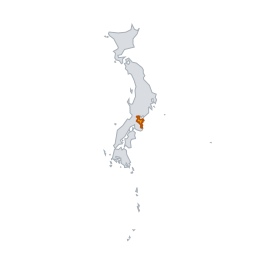 Japan, with Mie highlighted, rotated 319°
{"feature_id": "JPN-1843", "entity_name": "Mie", "entity_type": "Prefecture", "adm_level": 1, "iso_a3": "JPN", "parent_name": "Japan", "parent_adm1": "", "projection": "robinson", "projection_center": [136.438, 34.459], "detail": "fine", "context": "in_parent", "style": "filled", "palette": "amber", "viewbox_px": 256, "rotation_deg": 319, "n_neighbors": 0, "source": "natural_earth", "source_scale": "10m", "svg_char_len": 5810}
<svg xmlns="http://www.w3.org/2000/svg" viewBox="0 0 256 256"><g transform="rotate(319 128 128)"><path d="M171.1,74.9L174.4,75.7L174.4,81.1L176.9,84.5L178.2,91.4L177.8,93.9L175.5,96.7L175.0,99.6L172.7,100.1L171.7,101.6L172.1,109.9L169.4,117.0L171.5,121.0L168.7,122.7L168.1,125.4L164.7,127.5L164.5,124.4L166.3,122.1L164.6,121.6L163.3,123.5L163.5,125.6L160.7,124.6L159.6,128.1L158.0,129.9L157.7,127.0L158.4,126.6L157.2,125.8L153.6,130.1L146.1,130.2L147.5,128.6L145.4,128.1L144.8,129.0L144.4,126.4L142.6,129.4L144.9,131.4L144.7,132.2L141.2,133.4L138.4,138.4L136.9,139.0L135.3,138.4L133.2,134.8L133.0,132.5L135.1,129.9L130.6,128.7L119.9,132.4L114.3,132.2L113.1,136.1L110.4,134.4L104.9,135.0L105.6,131.7L107.9,131.5L118.5,122.7L125.6,122.8L133.5,120.8L134.5,122.6L138.4,122.0L139.7,120.7L139.5,117.9L143.7,112.9L144.6,107.8L147.8,106.7L145.0,109.9L145.8,112.1L147.3,112.8L154.4,109.1L158.1,104.1L161.2,102.0L164.0,95.8L165.7,89.8L165.2,88.0L163.5,87.5L165.2,84.8L164.9,81.5L166.9,80.1L167.5,77.1L169.1,77.4L170.0,80.3L172.3,79.8L173.1,77.3L170.2,77.8L170.2,76.9L171.1,74.9ZM189.1,54.2L194.8,55.7L198.9,52.5L197.6,57.8L199.0,60.6L202.1,60.0L196.4,63.0L190.3,64.0L187.0,67.7L185.8,71.0L176.8,66.4L171.2,68.3L168.0,66.5L167.0,68.7L172.4,72.5L169.2,72.4L166.8,75.3L165.2,75.2L165.6,71.7L163.8,68.8L164.0,66.4L167.6,63.4L167.3,60.6L172.1,61.6L173.6,60.8L175.8,51.3L174.6,46.0L175.1,44.0L176.7,43.2L182.9,49.8L189.1,54.2ZM106.6,138.0L110.1,138.0L109.0,140.7L111.4,140.8L112.1,143.8L109.7,147.1L107.4,155.7L105.6,155.4L105.8,156.8L102.9,158.8L103.7,153.2L102.1,154.4L102.3,157.5L99.4,155.6L100.6,154.1L99.8,150.2L102.9,145.9L101.9,145.6L102.3,144.2L100.2,141.4L99.5,142.0L99.8,144.1L100.8,144.0L100.9,145.2L98.9,144.7L97.0,146.3L96.5,142.4L98.5,144.0L95.8,141.0L103.6,135.4L105.1,135.9L106.6,138.0ZM125.3,132.0L129.9,133.0L130.5,136.3L128.1,138.0L126.8,140.9L123.1,138.8L120.8,140.0L117.5,144.8L115.4,143.5L114.9,139.4L112.3,140.1L116.5,137.3L118.5,134.1L120.2,135.4L122.8,134.7L122.9,132.9L125.3,132.0ZM85.8,193.8L83.1,195.5L82.6,197.8L81.5,198.2L83.4,193.4L84.7,193.7L85.8,191.9L85.8,193.8ZM156.0,102.3L153.7,104.2L153.9,102.2L155.5,100.3L155.2,102.2L156.0,102.3ZM95.8,178.8L93.6,181.9L92.2,181.0L95.8,178.8ZM99.0,149.0L98.2,148.9L98.6,146.7L99.7,146.5L99.0,149.0ZM131.9,132.5L130.1,132.5L132.3,130.5L131.7,131.6L131.9,132.5ZM102.4,164.8L101.2,164.8L100.8,163.8L102.6,163.8L102.4,164.8ZM95.3,130.5L93.9,131.9L95.2,129.3L95.3,130.5ZM104.7,163.7L104.1,163.4L105.5,160.3L105.4,161.8L104.7,163.7ZM89.6,144.6L90.8,144.8L91.1,145.6L89.7,146.0L89.6,144.6ZM94.4,132.6L93.3,133.7L93.6,132.3L94.4,132.6ZM55.3,212.8L53.9,212.7L54.5,211.7L55.3,212.8ZM121.6,117.2L120.7,117.4L120.5,116.5L121.1,116.1L121.6,117.2ZM92.4,144.1L91.9,143.2L92.6,141.8L93.1,142.9L92.4,144.1ZM58.1,210.9L57.7,212.2L57.0,212.3L56.7,211.6L58.1,210.9ZM91.0,185.2L90.3,185.1L90.4,183.8L90.7,183.7L91.0,185.2ZM172.8,46.3L171.8,46.0L171.7,45.6L172.5,45.4L172.8,46.3ZM101.6,146.7L100.5,147.5L100.2,147.2L101.6,146.7ZM161.7,70.2L161.2,69.4L162.1,69.1L161.7,70.2ZM113.6,135.9L114.3,135.6L115.2,135.5L113.6,135.9ZM171.2,43.7L171.1,45.1L170.6,43.5L171.2,43.7ZM95.4,140.6L94.4,141.4L95.8,140.0L95.4,140.6ZM66.1,209.1L64.9,209.2L65.0,208.1L65.4,208.6L66.1,209.1ZM97.2,136.2L96.5,136.9L96.9,136.0L97.2,136.2ZM127.8,130.6L127.3,131.4L126.8,130.7L127.8,130.6ZM92.8,181.6L92.7,182.2L92.4,181.4L92.8,181.6ZM161.9,128.6L161.7,129.3L161.5,128.6L161.9,128.6ZM97.0,152.9L96.4,153.1L97.0,152.6L97.0,152.9ZM115.8,133.5L115.9,134.2L115.3,134.1L115.8,133.5ZM165.0,142.1L164.4,142.2L164.4,141.9L165.0,142.1ZM181.2,193.3L181.3,194.1L180.8,193.2L181.2,193.3Z" fill="#d9dde1" stroke="#a8b0b8" stroke-width="1"/><path d="M144.0,126.6L143.9,126.6L143.6,126.8L143.4,126.9L143.3,127.1L143.3,127.3L143.3,127.5L143.1,128.0L142.8,128.4L142.6,128.7L142.5,129.1L142.5,129.4L142.6,129.5L142.6,129.8L142.7,130.0L142.8,130.1L143.1,130.1L143.3,130.2L143.4,130.3L143.5,130.4L144.0,130.7L144.4,130.9L144.5,130.9L144.8,131.0L144.8,131.3L145.0,131.4L145.2,131.5L145.1,131.8L144.9,131.8L144.9,132.0L145.0,132.0L144.9,132.2L145.0,132.3L145.0,132.6L144.9,132.7L144.7,132.8L144.3,132.8L144.2,132.7L144.3,132.6L144.6,132.7L144.6,132.8L144.6,132.7L144.7,132.4L144.4,132.4L144.4,132.5L144.2,132.4L144.1,132.5L143.9,132.5L143.7,132.5L143.7,132.3L143.8,132.2L143.7,132.2L143.4,132.3L143.5,132.4L143.4,132.5L143.2,132.6L142.8,132.6L142.8,132.8L142.6,132.7L142.4,132.8L142.4,133.0L142.2,132.9L141.9,133.1L141.6,133.2L141.3,133.4L141.0,133.6L141.0,133.8L141.1,134.0L140.9,134.2L140.7,134.0L140.5,134.3L140.7,134.5L140.8,134.6L140.8,134.8L140.8,135.0L140.7,135.1L140.6,134.9L140.5,135.0L140.4,135.1L140.5,135.1L140.6,135.3L140.4,135.3L140.3,135.5L140.1,135.5L139.9,135.7L139.7,135.7L139.5,136.1L139.1,137.0L139.0,137.4L138.8,137.3L138.7,137.2L138.3,136.9L138.1,136.5L138.0,136.4L138.0,136.2L138.2,135.9L138.3,135.8L138.3,135.7L138.5,135.7L138.8,135.3L138.9,135.2L139.0,134.9L139.6,134.8L139.7,134.7L139.6,134.4L139.7,133.8L139.7,133.7L139.7,133.3L139.8,133.0L139.8,132.9L139.7,132.7L139.7,132.4L139.5,132.0L139.5,131.9L139.5,131.7L139.8,131.4L140.1,131.4L140.4,131.2L140.4,130.9L140.2,130.8L140.1,130.6L139.9,130.5L139.7,130.5L139.5,130.4L139.4,130.3L139.4,130.2L139.4,129.9L139.3,129.7L139.5,129.6L139.4,129.4L139.4,129.2L139.2,129.1L139.0,128.6L139.6,128.4L139.8,128.2L139.7,128.0L139.7,127.9L139.8,127.9L140.2,127.9L140.6,127.9L141.1,127.8L141.3,127.7L141.5,127.5L141.6,127.4L141.7,127.2L141.8,127.0L141.8,126.6L141.9,126.3L142.0,125.8L142.0,125.7L141.9,125.6L141.7,125.3L141.7,125.2L142.4,125.0L142.5,125.0L142.7,125.3L142.9,125.4L143.1,125.6L143.5,125.7L143.6,125.8L143.7,126.0L143.8,126.1L143.8,126.3L143.9,126.5L144.0,126.6ZM145.0,130.6L144.9,130.7L144.7,130.7L144.8,130.7L145.0,130.6ZM145.0,130.9L145.0,131.0L144.9,131.0L144.8,130.9L145.0,130.9Z" fill="#f59e0b" stroke="#b45309" stroke-width="1.5"/></g></svg>